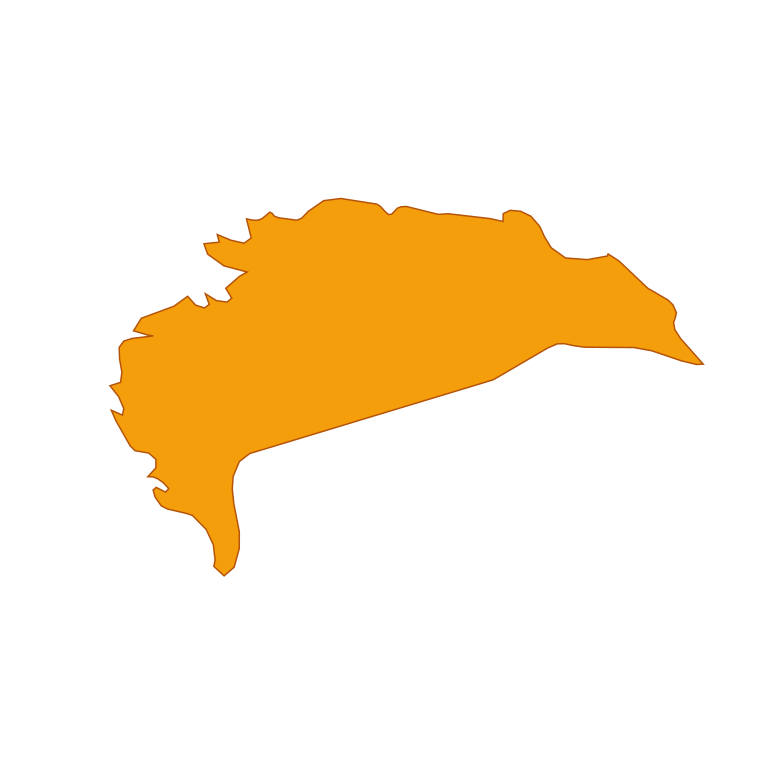 SVG path tracing the border of Camarines Norte, rotated 311°
{"feature_id": "PHL-2537", "entity_name": "Camarines Norte", "entity_type": "Province", "adm_level": 1, "iso_a3": "PHL", "parent_name": "Philippines", "parent_adm1": "", "projection": "equal_earth", "projection_center": [122.685, 14.086], "detail": "fine", "context": "isolated", "style": "filled", "palette": "amber", "viewbox_px": 768, "rotation_deg": 311, "n_neighbors": 0, "source": "natural_earth", "source_scale": "10m", "svg_char_len": 1671}
<svg xmlns="http://www.w3.org/2000/svg" viewBox="0 0 768 768"><g transform="rotate(311 384 384)"><path d="M134.7,375.3L140.3,372.0L150.7,360.7L157.6,345.1L159.1,325.4L156.7,319.8L147.6,302.6L145.9,296.0L148.4,285.6L152.5,279.3L156.5,279.9L159.1,290.1L163.9,290.1L164.7,281.9L164.0,275.3L162.2,270.3L159.1,266.6L171.2,266.8L177.5,261.3L177.5,251.7L170.3,239.8L170.8,232.9L180.5,205.5L185.3,195.4L188.9,207.0L194.8,203.7L200.4,191.9L202.9,178.3L212.4,184.1L221.0,178.4L229.3,168.1L237.9,160.1L245.7,159.5L253.1,164.0L268.9,178.3L266.1,173.9L259.8,160.1L274.4,157.7L304.8,174.4L321.4,178.3L319.9,190.0L323.6,198.6L329.4,199.9L334.9,190.0L337.0,202.7L342.7,211.7L348.9,212.8L352.4,201.8L370.5,204.3L378.7,207.2L368.2,185.8L366.3,165.7L371.7,156.1L383.0,166.6L387.4,160.1L392.1,174.2L398.5,186.1L407.1,188.0L418.4,171.9L421.5,177.4L424.8,181.3L428.8,183.5L438.7,185.1L439.4,187.5L438.7,191.0L440.3,195.4L450.4,210.7L455.0,213.1L464.5,213.6L482.8,218.2L495.7,229.7L515.1,260.7L515.7,265.2L514.9,271.1L514.8,276.2L517.3,278.4L525.6,278.8L528.9,280.6L532.6,284.3L547.6,313.6L554.8,321.0L578.6,355.8L584.7,367.2L590.8,362.2L597.9,365.3L604.0,373.8L607.0,384.8L605.1,398.1L600.3,408.8L596.5,420.8L598.2,438.3L611.4,456.0L627.1,468.6L629.2,467.8L631.0,480.5L629.3,520.2L633.7,543.3L633.3,550.2L629.6,558.0L625.1,560.4L620.4,562.2L615.8,567.9L612.9,577.9L608.4,611.9L603.8,607.1L596.7,593.5L584.7,564.2L575.4,548.6L543.1,510.9L536.9,501.2L533.0,494.0L528.1,488.5L518.5,483.9L458.9,463.7L243.5,328.3L230.6,325.7L215.2,330.8L205.3,338.3L195.3,349.0L177.5,371.8L164.9,382.7L147.4,391.1L134.3,389.2L134.7,375.4L134.7,375.3Z" fill="#f59e0b" stroke="#b45309" stroke-width="1.5"/></g></svg>